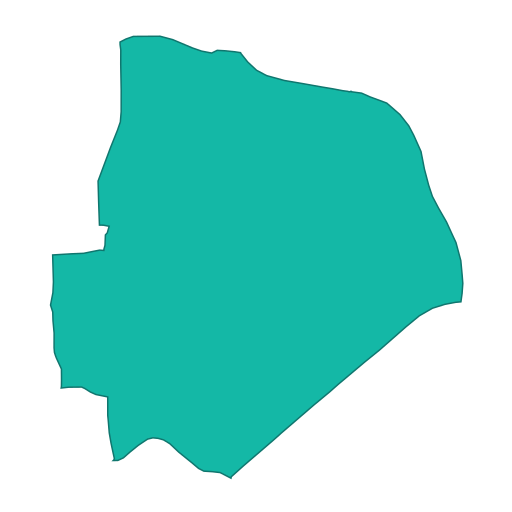 outline of Ajeromi/Ifelodun, Lagos, Nigeria, rotated 179°
{"feature_id": "59680162B51331479839153", "entity_name": "Ajeromi/Ifelodun", "entity_type": "district", "adm_level": 2, "iso_a3": "NGA", "parent_name": "Nigeria", "parent_adm1": "Lagos", "projection": "natural_earth1", "projection_center": [3.339, 6.456], "detail": "fine", "context": "isolated", "style": "filled", "palette": "teal", "viewbox_px": 512, "rotation_deg": 179, "n_neighbors": 0, "source": "geoboundaries", "source_scale": "gbopen_adm2", "svg_char_len": 1736}
<svg xmlns="http://www.w3.org/2000/svg" viewBox="0 0 512 512"><g transform="rotate(179 256 256)"><path d="M284.9,34.3L284.6,35.7L278.8,40.7L272.1,46.5L242.8,70.8L236.0,76.6L234.1,78.3L200.4,106.3L185.0,118.6L176.1,126.2L149.4,147.9L134.3,159.7L107.4,182.5L93.7,193.4L80.5,200.7L67.9,204.4L57.3,206.2L51.9,206.6L51.7,207.9L50.6,215.0L49.7,225.0L50.2,233.2L51.3,247.8L55.8,265.9L57.7,270.2L57.9,270.6L60.8,277.2L64.9,286.6L72.6,300.6L78.6,312.5L82.1,323.7L86.1,340.0L88.3,352.5L88.4,353.0L89.2,357.6L96.2,374.0L101.0,383.5L109.6,394.9L122.6,406.6L139.2,413.1L147.6,417.0L158.1,418.6L158.2,419.0L159.9,418.5L161.3,419.0L166.6,419.8L176.7,421.9L187.6,423.9L206.5,427.6L224.6,431.0L242.0,436.1L244.1,437.2L252.2,441.7L260.9,450.1L267.9,459.2L267.9,459.6L273.9,460.6L283.1,461.7L291.2,462.3L296.8,459.7L306.8,461.8L316.1,465.2L335.5,473.8L348.1,477.4L374.8,477.7L382.3,475.2L388.2,472.3L388.2,469.7L387.6,464.3L387.9,450.2L387.9,424.3L388.3,402.6L389.3,392.4L392.3,384.2L399.5,367.1L412.6,333.7L412.4,313.1L412.0,289.6L408.2,289.5L402.3,288.3L404.3,281.7L406.2,279.7L406.8,269.3L407.9,265.6L408.0,264.2L412.2,264.6L419.1,263.4L428.3,261.7L440.5,261.4L459.3,260.6L459.0,233.6L459.7,222.9L462.3,210.5L460.2,203.5L460.1,194.7L459.2,182.5L459.5,167.7L459.2,163.1L458.2,159.8L457.3,157.3L452.5,146.4L452.6,135.4L452.8,129.2L453.1,127.4L445.6,128.1L432.6,128.0L429.5,126.5L424.0,122.9L418.5,120.3L406.7,117.7L407.0,99.2L406.6,94.0L405.8,81.7L404.2,71.4L401.8,59.1L401.2,56.2L401.5,54.8L402.3,54.0L397.7,54.0L392.1,56.5L385.9,61.8L377.1,68.7L370.9,72.7L367.6,74.8L362.3,76.0L357.1,75.4L351.7,73.8L345.4,69.8L336.6,61.2L324.2,50.8L317.1,44.6L311.9,41.8L303.3,41.1L295.7,40.1L284.9,34.3Z" fill="#14b8a6" stroke="#0f766e" stroke-width="1.5"/></g></svg>